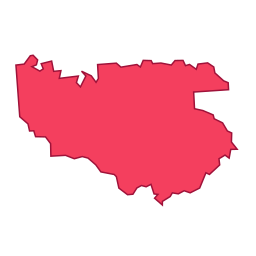 the district of Franklin, Louisiana, United States of America, rotated 266°
{"feature_id": "52423323B94132750651187", "entity_name": "Franklin", "entity_type": "district", "adm_level": 2, "iso_a3": "USA", "parent_name": "United States of America", "parent_adm1": "Louisiana", "projection": "natural_earth1", "projection_center": [-91.666, 32.139], "detail": "fine", "context": "isolated", "style": "filled", "palette": "rose", "viewbox_px": 256, "rotation_deg": 266, "n_neighbors": 0, "source": "geoboundaries", "source_scale": "gbopen_adm2", "svg_char_len": 1257}
<svg xmlns="http://www.w3.org/2000/svg" viewBox="0 0 256 256"><g transform="rotate(266 128 128)"><path d="M63.1,195.3L77.9,202.6L76.0,206.0L84.8,216.9L91.0,216.6L94.2,222.9L90.9,226.8L99.5,229.0L99.2,235.4L106.8,230.2L115.8,231.1L118.1,226.9L126.5,222.7L131.2,214.6L135.1,213.9L140.2,203.9L142.6,195.7L159.3,196.0L159.2,231.0L166.2,231.1L168.4,226.7L176.9,218.5L182.9,217.8L187.4,212.0L186.9,202.3L181.8,200.2L187.1,193.8L186.2,189.7L191.6,187.6L192.0,179.6L187.8,175.6L190.5,165.4L190.5,157.1L193.6,155.8L194.4,147.9L188.0,144.6L190.7,141.3L189.2,125.2L193.5,120.9L193.4,102.1L179.4,101.9L175.8,99.3L182.6,95.0L187.9,85.6L182.8,89.6L172.3,83.4L176.9,79.7L183.3,82.1L182.3,62.9L189.9,65.1L189.7,57.8L200.1,56.5L198.2,45.9L192.9,47.6L190.9,44.0L195.9,36.4L197.4,41.0L202.2,42.6L207.2,38.4L206.9,35.6L199.0,28.9L198.6,20.6L146.8,20.8L139.1,28.5L131.9,29.6L131.8,33.8L125.8,35.2L124.9,45.1L117.8,49.7L105.3,49.1L105.1,63.8L101.1,72.3L102.7,80.4L100.8,86.0L93.5,93.3L86.1,97.9L82.6,111.0L80.3,113.0L68.7,114.7L61.5,122.9L61.6,128.3L67.6,132.7L69.7,137.4L68.1,142.0L70.2,147.0L60.4,149.4L59.7,153.2L56.1,149.6L48.8,156.9L52.4,157.2L56.7,165.3L60.2,167.7L58.8,173.6L61.5,179.6L59.0,185.5L63.1,195.3Z" fill="#f43f5e" stroke="#9f1239" stroke-width="1.5"/></g></svg>